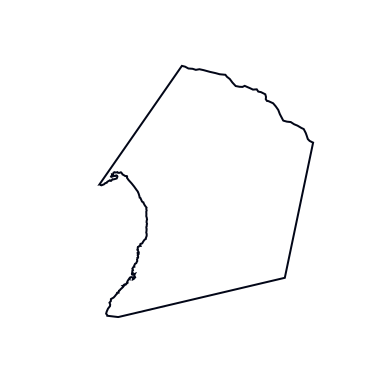 outline of Ngebei, Palau, rotated 154°
{"feature_id": "81905179B35974165109386", "entity_name": "Ngebei", "entity_type": "district", "adm_level": 2, "iso_a3": "PLW", "parent_name": "Palau", "parent_adm1": "", "projection": "albers", "projection_center": [134.637, 7.688], "detail": "fine", "context": "isolated", "style": "outline", "palette": "ink", "viewbox_px": 384, "rotation_deg": 154, "n_neighbors": 0, "source": "geoboundaries", "source_scale": "gbopen_adm2", "svg_char_len": 3134}
<svg xmlns="http://www.w3.org/2000/svg" viewBox="0 0 384 384"><g transform="rotate(154 192 192)"><path d="M271.8,239.4L271.1,239.2L271.1,238.3L270.4,237.7L267.7,237.5L266.0,238.0L264.6,237.7L263.7,238.3L260.7,238.5L260.6,238.0L260.0,237.5L259.2,237.7L257.9,238.3L257.2,237.8L255.8,237.5L254.6,237.3L253.7,237.2L252.8,238.0L252.3,238.5L252.2,239.3L252.6,240.0L253.3,240.2L253.8,240.0L254.7,240.4L255.2,241.0L256.1,240.7L257.9,241.0L258.0,241.4L256.5,242.1L256.2,242.9L255.5,242.3L254.8,242.8L254.0,243.8L252.8,243.7L252.3,243.1L250.9,242.6L250.3,242.5L250.0,241.6L248.6,241.0L247.3,240.9L246.7,239.1L246.8,238.3L246.0,237.2L245.0,235.6L243.6,234.9L243.6,234.2L244.2,233.3L243.8,230.7L242.5,226.2L241.6,222.2L240.9,217.9L240.5,216.0L240.7,215.2L240.6,214.5L240.7,213.7L241.1,211.3L241.5,209.9L241.0,209.3L241.1,205.3L240.6,204.5L240.2,203.9L240.4,203.4L240.3,200.9L240.0,199.1L239.7,197.9L240.5,196.9L240.9,195.2L241.7,194.4L242.7,192.1L243.7,190.3L243.9,188.9L244.5,186.9L245.0,186.5L246.1,184.8L246.4,183.0L247.0,182.5L247.7,181.1L248.3,180.7L248.8,179.7L249.0,178.5L249.4,178.1L249.9,177.0L250.9,175.6L251.1,174.2L252.0,172.4L253.6,170.9L254.0,170.1L255.2,170.0L256.4,169.5L257.8,168.7L259.2,167.7L259.9,167.7L260.7,167.9L261.3,167.8L261.7,167.2L261.9,166.1L262.8,166.6L263.4,166.4L263.9,166.2L264.7,166.3L265.1,165.8L265.4,165.4L265.6,164.9L265.8,164.1L266.3,164.1L266.5,163.3L266.3,162.6L266.3,161.5L267.0,161.1L267.6,161.1L267.8,160.4L266.9,160.1L267.4,159.4L268.3,159.2L268.6,158.8L268.6,158.1L268.8,157.4L269.2,156.7L269.9,156.8L270.1,156.2L271.1,155.3L271.4,154.0L272.4,153.3L273.3,152.5L274.7,152.4L276.6,150.8L276.6,150.1L277.6,150.2L278.6,149.6L279.3,149.1L279.2,148.2L279.3,147.6L280.1,147.4L280.3,146.9L280.6,146.6L281.0,146.1L280.9,145.6L280.7,145.2L281.0,144.9L281.8,144.9L282.1,144.2L281.7,143.7L280.5,143.6L279.2,143.5L279.9,143.0L280.4,142.3L280.9,141.5L280.5,141.1L280.5,140.2L281.4,139.9L282.5,139.4L283.5,139.4L282.7,140.6L283.0,141.5L283.7,142.0L284.4,142.3L285.3,142.2L285.9,141.4L286.0,141.9L287.6,141.0L288.6,140.4L289.5,139.7L290.0,139.2L289.8,138.6L290.5,138.4L291.3,138.4L291.9,137.9L292.6,137.9L292.8,138.4L293.3,138.5L294.0,138.3L294.2,137.7L295.4,138.0L295.1,137.2L295.5,136.9L298.0,136.1L298.9,135.9L300.0,135.3L300.9,135.3L301.3,134.7L301.7,134.3L302.2,133.7L302.8,134.3L303.6,134.2L304.1,133.4L304.7,133.3L306.9,132.2L308.7,131.5L311.8,131.3L312.8,129.5L314.7,128.7L314.8,126.9L315.7,125.4L318.6,124.0L321.1,121.9L322.5,120.3L322.2,118.4L322.4,117.9L313.7,112.3L313.0,111.9L146.2,74.2L61.5,183.3L62.1,184.0L63.9,186.4L64.7,188.8L64.2,192.4L63.9,195.1L64.0,199.6L65.6,201.6L68.1,205.4L70.5,208.1L72.6,211.6L75.8,213.6L78.3,215.8L78.7,216.3L78.9,223.5L78.5,228.0L79.2,232.3L80.2,236.2L81.6,237.9L83.5,240.2L84.7,241.0L85.0,243.1L83.8,245.0L83.3,247.7L86.2,251.5L88.4,253.2L88.8,255.9L92.3,257.3L94.2,259.7L96.1,261.9L98.1,264.3L100.5,264.3L103.1,265.7L106.3,268.1L107.7,272.7L108.5,277.0L110.1,280.3L110.6,282.7L115.5,285.7L118.8,288.6L123.2,292.1L128.1,296.4L131.5,299.1L135.0,300.1L137.5,302.5L141.1,304.6L143.3,307.7L145.8,309.8L271.8,239.4Z" fill="none" stroke="#020617" stroke-width="2"/></g></svg>